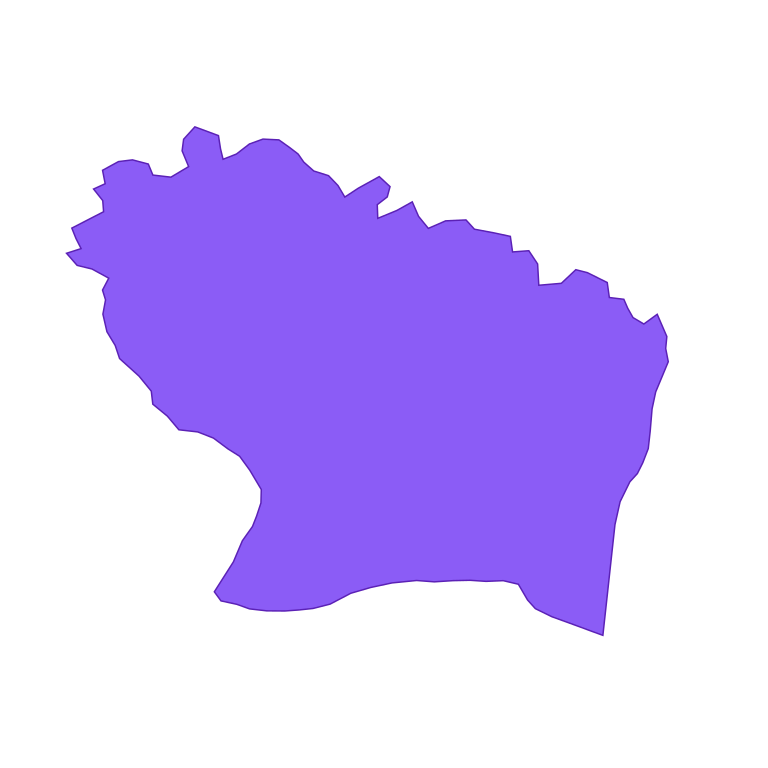 Prado Ferreira, Paraná, Brazil (Equal Earth projection), rotated 259°
{"feature_id": "56859067B46889814534801", "entity_name": "Prado Ferreira", "entity_type": "district", "adm_level": 2, "iso_a3": "BRA", "parent_name": "Brazil", "parent_adm1": "Paraná", "projection": "equal_earth", "projection_center": [-51.389, -23.027], "detail": "fine", "context": "isolated", "style": "filled", "palette": "violet", "viewbox_px": 768, "rotation_deg": 259, "n_neighbors": 0, "source": "geoboundaries", "source_scale": "gbopen_adm2", "svg_char_len": 1668}
<svg xmlns="http://www.w3.org/2000/svg" viewBox="0 0 768 768"><g transform="rotate(259 384 384)"><path d="M572.9,97.3L559.0,105.4L552.6,119.3L540.4,134.0L529.9,125.6L519.7,126.7L506.2,121.4L488.2,122.0L473.1,127.5L459.4,129.3L438.5,145.0L421.4,154.2L408.3,153.2L393.8,165.2L378.2,173.9L372.5,192.0L363.5,206.2L350.0,218.5L340.6,228.5L325.0,235.8L303.8,243.4L290.7,240.5L278.6,233.7L269.2,227.7L257.2,215.1L238.1,202.2L212.4,177.8L202.2,182.6L195.8,197.5L188.9,209.1L183.7,225.6L180.1,243.4L178.4,257.6L177.2,271.5L178.2,289.1L184.9,311.4L186.8,332.1L187.2,353.9L184.9,378.5L180.2,395.6L177.8,414.2L174.9,431.0L170.8,446.5L168.2,463.5L161.8,477.7L144.6,483.7L134.6,489.7L123.5,504.4L109.0,528.6L101.5,540.9L95.5,550.9L201.9,583.9L223.4,593.3L241.1,606.7L247.7,615.6L257.3,623.0L270.2,631.1L287.2,636.4L308.4,642.4L324.4,649.2L338.5,658.6L351.6,667.3L365.1,667.3L376.6,670.7L400.3,665.5L393.3,650.5L401.7,641.1L411.9,637.7L421.4,635.6L425.9,621.7L441.0,622.5L454.5,604.9L459.6,594.1L449.0,577.3L451.4,554.8L472.5,557.7L487.2,551.6L489.1,535.4L504.8,536.2L511.2,521.2L518.7,502.3L529.4,495.8L532.4,475.6L528.3,457.2L542.0,449.9L557.4,446.5L551.9,429.7L547.8,409.5L561.3,411.6L567.0,422.9L576.6,427.6L588.5,418.9L581.1,396.1L575.0,381.2L587.6,376.7L599.1,369.3L606.5,355.7L617.1,347.6L626.1,343.6L633.8,336.8L643.7,327.4L647.5,311.9L645.3,297.7L637.9,283.0L635.3,268.9L645.9,268.4L659.4,268.9L672.5,247.4L662.5,234.0L651.4,230.3L634.7,233.7L627.7,214.3L633.2,197.0L644.9,194.6L652.0,179.9L653.0,165.8L647.5,148.5L633.8,148.5L630.8,136.1L617.7,142.9L606.6,141.6L596.6,107.3L585.6,109.4L574.7,112.5L572.9,97.3Z" fill="#8b5cf6" stroke="#5b21b6" stroke-width="1.5"/></g></svg>